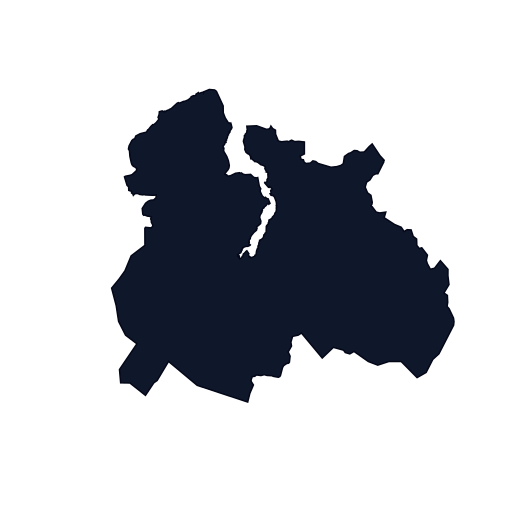 Norddal nor, Møre og Romsdal, Norway (Mercator projection), rotated 68°
{"feature_id": "86288312B15747524615282", "entity_name": "Norddal nor", "entity_type": "district", "adm_level": 2, "iso_a3": "NOR", "parent_name": "Norway", "parent_adm1": "Møre og Romsdal", "projection": "mercator", "projection_center": [7.286, 62.251], "detail": "fine", "context": "isolated", "style": "filled", "palette": "ink", "viewbox_px": 512, "rotation_deg": 68, "n_neighbors": 0, "source": "geoboundaries", "source_scale": "gbopen_adm2", "svg_char_len": 6093}
<svg xmlns="http://www.w3.org/2000/svg" viewBox="0 0 512 512"><g transform="rotate(68 256 256)"><path d="M388.3,318.4L381.1,313.2L374.6,306.7L370.9,307.4L369.2,307.1L366.4,304.6L367.1,302.3L366.5,300.1L368.7,296.2L369.1,292.8L370.9,290.5L372.9,286.2L374.1,285.0L376.8,280.7L376.7,279.1L376.0,278.1L369.3,273.1L368.0,271.4L367.2,267.8L367.6,266.0L367.0,264.8L361.6,261.9L357.0,262.1L352.8,256.8L348.9,255.9L344.4,252.3L344.3,251.6L345.2,246.6L344.5,242.7L375.4,232.8L369.7,218.5L376.1,210.1L379.0,209.4L381.9,205.7L381.2,200.9L395.9,191.4L402.8,184.0L403.6,172.3L408.2,160.9L429.1,152.2L427.7,141.9L418.1,130.8L415.2,123.0L394.2,98.7L391.0,97.0L387.5,96.1L377.3,96.7L374.3,97.7L370.8,95.6L364.2,93.3L360.7,95.6L354.8,87.8L346.1,85.4L340.3,83.0L329.4,86.8L334.2,95.0L333.6,99.3L327.3,100.0L323.9,99.7L319.4,96.7L310.5,99.2L310.2,101.8L306.4,102.9L300.4,100.7L296.7,102.9L289.9,102.4L288.2,106.0L288.8,109.5L283.7,110.6L278.7,115.7L268.5,122.8L263.9,119.2L262.4,125.2L260.3,128.1L253.9,129.8L252.5,130.7L251.5,129.2L249.8,128.1L242.8,126.7L239.2,128.9L233.1,129.0L229.0,125.8L228.1,121.8L225.0,117.5L224.7,115.0L224.8,113.7L225.4,112.2L216.6,102.2L215.3,102.2L215.4,101.4L215.2,101.3L209.3,103.5L195.6,106.3L197.0,110.2L200.0,116.4L199.9,117.4L198.7,120.9L196.3,122.8L195.1,125.1L195.0,125.6L195.8,129.6L195.6,131.7L196.8,136.7L203.1,140.5L203.8,143.4L203.4,147.6L201.8,153.2L193.4,163.8L190.8,165.2L189.1,167.6L190.2,170.8L188.9,175.1L186.9,176.2L184.5,176.0L183.3,178.0L179.9,177.6L179.5,172.9L168.4,168.4L165.7,173.4L164.4,177.3L162.1,179.4L161.9,179.9L162.2,183.0L161.2,184.1L159.6,189.6L157.7,192.2L150.4,192.2L146.6,190.8L144.1,192.8L141.1,193.5L142.5,194.9L143.1,196.0L142.5,198.8L135.5,206.6L132.2,215.9L136.4,217.0L136.4,217.5L138.2,218.4L139.0,220.3L140.1,221.2L140.1,221.7L142.5,222.6L142.5,223.0L143.2,223.0L143.7,224.0L145.2,224.8L150.6,225.3L153.1,226.5L156.2,226.4L157.6,225.6L157.8,225.0L158.5,225.0L158.5,224.5L161.8,223.5L161.8,223.9L164.0,224.4L164.3,223.5L168.2,221.6L168.2,220.9L170.0,219.1L173.1,217.4L174.5,215.6L176.3,214.1L177.3,214.1L177.8,214.9L179.5,215.0L182.1,214.3L182.1,214.8L183.0,213.9L184.2,213.7L184.4,214.3L188.0,215.5L189.3,217.2L191.2,217.9L191.5,219.3L191.0,220.2L191.4,220.6L197.0,218.7L197.3,218.1L196.5,217.9L196.5,217.2L199.6,216.0L200.5,216.1L200.5,217.6L200.8,217.9L203.5,218.4L203.5,219.6L205.2,219.4L206.2,218.1L206.3,217.4L208.4,216.8L213.0,216.9L217.0,217.9L216.8,218.3L219.0,218.8L219.0,219.2L220.9,219.8L222.7,221.1L223.2,222.2L224.9,223.6L226.1,226.2L226.5,226.2L227.4,228.6L227.5,230.5L230.0,231.8L230.0,232.3L230.7,232.3L231.8,234.7L232.5,234.6L232.5,235.4L238.0,237.8L238.2,239.0L239.3,240.0L239.3,240.7L241.7,242.3L242.6,244.6L242.8,246.8L243.2,246.8L245.0,248.5L246.9,249.3L246.9,249.8L247.6,250.5L249.5,251.1L249.5,251.6L250.0,251.6L250.0,252.3L251.5,253.6L254.8,255.5L255.0,256.0L254.9,256.7L255.8,257.2L255.8,260.0L255.5,261.5L255.0,261.5L255.0,262.0L254.3,262.2L254.3,262.7L251.3,262.3L251.1,261.8L247.7,262.5L247.9,263.4L249.1,265.8L249.4,267.0L251.0,268.1L251.2,269.0L251.7,269.0L252.1,269.7L252.6,270.9L252.5,272.1L251.1,272.1L251.0,271.7L251.5,271.6L251.0,271.7L251.0,272.4L250.1,271.9L250.2,272.3L249.9,272.4L249.9,271.7L249.6,271.7L249.4,272.4L248.9,272.4L249.0,272.9L248.0,272.5L248.1,272.0L247.6,271.3L247.3,269.1L246.5,268.0L245.2,267.3L245.2,266.6L244.5,266.6L244.0,265.4L243.3,265.4L243.3,261.9L244.0,259.9L243.9,257.6L243.6,257.1L242.6,257.6L242.6,258.1L241.0,257.9L241.0,257.2L238.8,256.5L237.8,254.8L236.6,254.2L235.2,252.5L233.3,249.0L232.3,245.9L231.1,245.5L231.1,244.8L229.0,244.3L228.8,242.7L227.7,239.6L225.5,238.4L221.7,238.2L219.7,236.9L218.0,234.6L217.3,234.6L217.3,234.1L216.8,234.2L216.8,233.7L216.1,233.7L216.1,233.0L214.9,232.8L214.3,230.6L213.9,230.7L213.0,227.8L212.0,226.2L211.9,225.5L212.3,224.7L212.8,224.7L212.5,223.5L212.0,223.8L212.0,223.3L207.5,223.3L206.6,224.6L205.1,225.2L205.2,226.4L202.6,227.7L198.1,227.9L196.1,227.3L195.6,226.4L192.6,226.8L183.9,225.0L183.8,226.2L182.3,228.6L178.3,230.4L176.6,235.5L175.4,237.2L173.5,238.4L173.1,240.1L172.6,240.1L171.6,244.0L172.0,249.7L171.3,252.3L169.6,252.8L168.6,254.3L168.0,254.1L165.5,249.6L164.2,248.1L162.0,246.8L157.3,245.9L152.8,245.8L146.6,246.7L144.4,245.6L144.0,245.9L143.9,245.4L141.8,245.5L140.8,243.4L139.6,242.7L139.6,242.0L138.8,241.8L139.1,241.3L138.4,241.3L138.3,240.8L137.6,240.6L137.6,240.1L137.1,240.1L137.1,239.7L136.4,239.5L135.9,238.5L133.5,236.9L133.4,236.2L132.7,236.0L131.5,234.1L131.0,234.4L131.0,233.6L130.5,233.7L129.0,231.3L128.5,231.3L128.6,230.9L128.0,230.2L124.7,229.7L123.3,229.6L123.5,230.3L122.6,230.8L122.4,231.7L116.4,232.8L111.0,232.7L104.5,230.2L88.5,231.0L86.6,232.1L84.1,236.9L84.2,243.1L84.7,243.4L84.2,243.4L84.3,244.1L84.1,244.6L83.9,248.2L82.9,248.2L83.5,251.0L84.0,251.0L84.6,252.2L83.9,254.1L84.0,256.0L84.1,256.5L84.6,256.5L85.8,260.5L85.9,263.6L85.5,265.5L85.6,269.1L85.3,270.3L84.8,270.3L84.7,271.7L87.6,279.5L87.6,281.4L87.9,282.1L87.7,283.8L88.0,285.2L87.6,286.2L88.1,286.1L88.1,286.6L87.7,286.6L87.2,288.3L86.3,288.6L86.0,291.6L88.3,292.7L90.8,294.9L92.7,294.7L94.9,298.5L95.8,301.1L95.9,301.7L95.5,302.5L96.5,305.0L98.4,308.3L98.5,309.2L100.1,311.1L99.2,317.6L99.7,322.5L102.1,324.8L101.7,325.9L102.4,327.8L106.3,332.4L109.0,334.2L111.0,333.9L116.4,335.6L122.7,336.7L124.9,336.8L126.7,336.2L128.5,334.7L130.4,333.8L132.1,335.0L134.1,340.3L134.0,342.5L133.1,347.3L133.3,348.3L142.2,349.1L144.1,348.2L147.5,349.4L149.5,347.1L150.9,347.8L152.5,346.9L153.8,347.0L152.9,345.1L153.4,343.1L154.2,341.7L155.2,341.0L156.8,338.3L157.3,336.3L157.9,335.8L161.2,328.6L162.1,325.7L164.5,326.8L165.7,329.9L164.8,332.6L164.8,335.4L165.7,338.6L169.3,343.7L174.8,345.3L176.2,344.9L176.4,343.8L178.4,341.7L179.1,340.3L180.6,338.4L182.2,339.8L183.6,339.7L185.5,340.4L188.6,340.1L189.7,340.7L190.5,342.1L190.5,343.0L188.0,347.7L188.7,348.7L204.5,355.0L209.1,371.7L220.7,383.1L226.1,391.6L231.7,401.9L249.6,404.2L265.2,407.9L280.5,406.6L292.8,399.3L310.1,425.1L322.9,429.0L326.5,420.5L343.8,410.7L335.3,398.2L334.4,394.3L321.0,376.6L353.9,359.0L388.3,318.4Z" fill="#0f172a" stroke="#020617" stroke-width="1.5"/></g></svg>